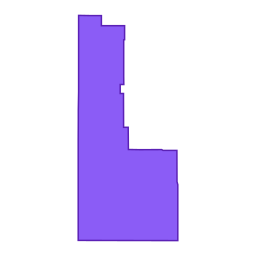 outline of Lincoln, Wyoming, United States of America
{"feature_id": "52423323B30273170128574", "entity_name": "Lincoln", "entity_type": "district", "adm_level": 2, "iso_a3": "USA", "parent_name": "United States of America", "parent_adm1": "Wyoming", "projection": "equal_earth", "projection_center": [-110.817, 42.447], "detail": "fine", "context": "isolated", "style": "filled", "palette": "violet", "viewbox_px": 256, "rotation_deg": 0, "n_neighbors": 0, "source": "geoboundaries", "source_scale": "gbopen_adm2", "svg_char_len": 780}
<svg xmlns="http://www.w3.org/2000/svg" viewBox="0 0 256 256"><path d="M177.8,240.6L177.8,207.1L177.8,184.7L177.0,181.7L176.9,150.4L162.9,150.4L161.7,149.6L140.0,149.7L128.4,149.5L128.2,127.3L123.6,127.3L123.5,93.5L120.2,93.5L120.2,84.5L123.8,84.5L123.7,76.3L123.7,39.8L124.6,39.7L124.6,25.7L101.4,25.7L101.4,15.6L90.1,15.6L78.6,15.4L78.6,30.8L78.6,31.6L78.6,32.3L78.6,33.2L78.6,46.7L78.6,47.2L78.6,47.5L78.6,48.2L78.6,49.0L78.6,50.0L78.6,50.3L78.6,50.7L78.6,52.2L78.6,52.6L78.6,52.8L78.6,53.1L78.6,53.5L78.6,59.2L78.6,60.0L78.6,60.6L78.6,62.0L78.6,72.2L78.6,91.8L78.3,109.9L78.3,118.9L78.3,120.0L78.2,140.2L78.2,149.1L78.2,160.3L78.2,161.8L78.2,166.2L78.2,167.1L78.2,185.4L78.2,214.3L78.2,240.4L124.8,240.5L177.8,240.6Z" fill="#8b5cf6" stroke="#5b21b6" stroke-width="1.5"/></svg>